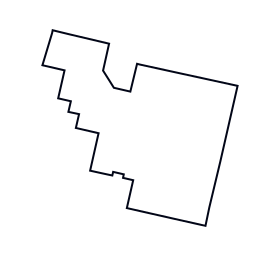 Serra do Mel, Rio Grande do Norte, Brazil (Albers equal-area conic projection), rotated 283°
{"feature_id": "56859067B45182411512134", "entity_name": "Serra do Mel", "entity_type": "district", "adm_level": 2, "iso_a3": "BRA", "parent_name": "Brazil", "parent_adm1": "Rio Grande do Norte", "projection": "albers", "projection_center": [-37.03, -5.14], "detail": "fine", "context": "isolated", "style": "outline", "palette": "ink", "viewbox_px": 256, "rotation_deg": 283, "n_neighbors": 0, "source": "geoboundaries", "source_scale": "gbopen_adm2", "svg_char_len": 606}
<svg xmlns="http://www.w3.org/2000/svg" viewBox="0 0 256 256"><g transform="rotate(283 128 128)"><path d="M116.1,225.5L193.7,225.3L193.3,191.0L193.0,168.4L192.5,125.1L192.6,122.4L164.0,122.1L164.0,111.1L164.0,105.2L170.6,98.6L178.3,90.8L205.9,90.6L206.1,49.4L206.3,32.6L203.5,32.7L169.9,30.5L169.9,53.2L141.2,53.3L141.2,66.3L130.3,66.3L130.5,77.2L118.3,77.2L116.3,77.2L116.3,100.5L77.9,100.7L78.0,111.4L78.1,118.2L78.2,123.4L81.9,123.4L81.9,134.3L78.3,134.4L78.3,144.8L49.7,144.9L49.8,168.7L49.9,187.7L49.9,191.5L50.1,225.5L68.9,225.1L116.1,225.5Z" fill="none" stroke="#020617" stroke-width="2"/></g></svg>